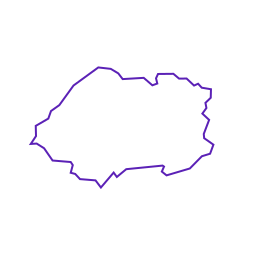 outline of Lisburn, rotated 328°
{"feature_id": "GBR-2090", "entity_name": "Lisburn", "entity_type": "District", "adm_level": 1, "iso_a3": "GBR", "parent_name": "United Kingdom", "parent_adm1": "", "projection": "natural_earth1", "projection_center": [-6.062, 54.5], "detail": "fine", "context": "isolated", "style": "outline", "palette": "violet", "viewbox_px": 256, "rotation_deg": 328, "n_neighbors": 0, "source": "natural_earth", "source_scale": "10m", "svg_char_len": 758}
<svg xmlns="http://www.w3.org/2000/svg" viewBox="0 0 256 256"><g transform="rotate(328 128 128)"><path d="M218.9,139.1L214.2,146.2L207.0,147.7L205.1,152.6L198.7,155.2L201.1,164.1L189.1,173.2L187.2,177.0L191.6,187.4L184.0,193.3L175.7,191.1L159.0,195.1L135.6,188.6L133.6,182.9L138.1,179.8L137.4,178.2L104.7,162.0L92.6,163.6L92.2,158.2L73.5,164.1L72.7,155.2L60.2,145.9L58.9,139.0L55.7,135.6L61.5,130.2L61.4,126.5L46.8,115.6L46.1,100.7L42.3,92.8L37.1,90.0L45.7,86.1L50.9,77.3L65.4,77.8L71.7,72.8L81.9,72.2L104.3,63.1L134.9,60.9L144.7,68.7L148.7,76.5L149.4,83.7L167.9,93.8L171.3,104.7L176.4,105.8L178.1,100.7L182.1,98.1L195.2,106.1L197.5,113.2L203.9,117.1L206.5,127.0L210.9,127.6L211.9,132.9L218.9,139.1Z" fill="none" stroke="#5b21b6" stroke-width="2"/></g></svg>